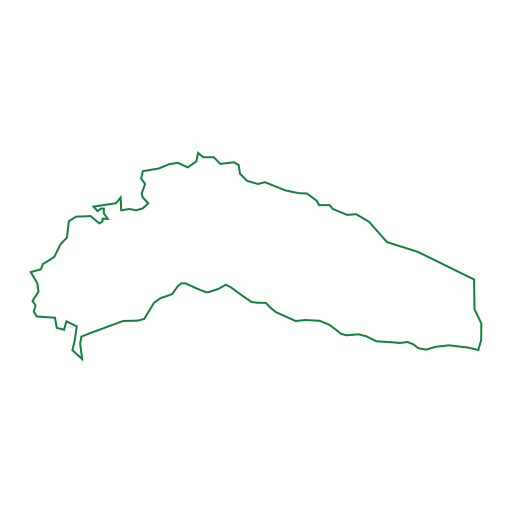 Bakhmal, Jizzakh, Uzbekistan
{"feature_id": "79887680B12051780015721", "entity_name": "Bakhmal", "entity_type": "district", "adm_level": 2, "iso_a3": "UZB", "parent_name": "Uzbekistan", "parent_adm1": "Jizzakh", "projection": "mercator", "projection_center": [67.761, 39.7], "detail": "fine", "context": "isolated", "style": "outline", "palette": "green", "viewbox_px": 512, "rotation_deg": 0, "n_neighbors": 0, "source": "geoboundaries", "source_scale": "gbopen_adm2", "svg_char_len": 1571}
<svg xmlns="http://www.w3.org/2000/svg" viewBox="0 0 512 512"><path d="M93.5,206.6L97.6,211.1L101.3,208.5L103.9,208.6L103.8,213.4L107.8,218.9L102.6,218.7L102.5,221.4L99.3,223.4L90.6,216.1L75.9,216.7L68.9,221.2L66.9,237.7L60.4,244.4L54.2,257.0L43.0,264.0L40.8,269.3L30.7,272.1L37.2,283.0L38.5,291.6L32.5,301.0L35.5,305.3L33.8,311.6L36.8,316.5L55.0,317.7L56.8,327.9L64.1,329.7L66.4,321.3L76.8,326.4L74.6,341.0L72.4,350.2L82.1,359.1L81.7,355.3L80.1,343.8L81.4,336.6L88.6,333.7L97.0,330.6L123.1,321.0L138.1,320.6L144.2,318.9L154.0,302.8L160.7,298.0L166.2,296.3L172.2,294.0L177.8,286.2L181.4,283.3L185.6,283.4L196.4,288.4L206.0,292.2L208.4,292.2L218.6,288.8L225.9,284.7L230.7,287.2L240.8,294.6L251.5,302.0L256.9,302.7L265.9,302.9L270.6,307.8L276.0,312.2L295.6,321.0L305.3,320.0L319.7,320.8L329.2,324.7L335.8,329.6L341.1,333.9L346.5,335.3L358.5,334.3L366.3,336.3L376.4,341.3L392.6,342.3L399.8,343.0L407.6,342.0L413.6,344.5L418.3,348.2L426.1,349.6L435.8,346.8L449.0,345.3L467.6,347.5L478.3,350.0L481.2,339.9L481.3,323.4L474.5,309.3L474.1,279.5L418.1,252.0L387.0,242.1L368.9,221.7L356.1,214.2L347.1,214.9L332.7,208.9L329.7,205.1L319.2,205.2L316.7,200.8L307.0,193.5L299.1,193.2L285.6,190.5L264.9,182.2L258.0,184.0L247.1,180.9L240.0,173.7L238.7,165.1L234.1,162.3L220.4,163.9L213.7,157.2L203.2,157.3L198.1,152.9L196.3,161.4L187.7,167.4L177.8,162.8L169.4,164.1L158.8,168.5L142.9,171.1L141.1,178.5L145.1,184.0L141.7,193.5L142.6,197.2L148.2,203.3L142.8,208.4L135.9,210.3L129.6,209.0L121.2,210.3L120.6,197.5L116.2,203.2L93.5,206.6Z" fill="none" stroke="#15803d" stroke-width="2"/></svg>